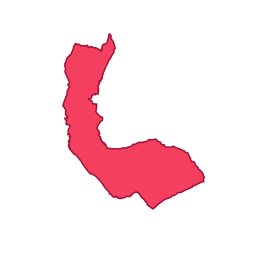 Tomesti, Harghita, Romania, rotated 37°
{"feature_id": "2599482B27343376756903", "entity_name": "Tomesti", "entity_type": "district", "adm_level": 2, "iso_a3": "ROU", "parent_name": "Romania", "parent_adm1": "Harghita", "projection": "natural_earth1", "projection_center": [25.786, 46.588], "detail": "fine", "context": "isolated", "style": "filled", "palette": "rose", "viewbox_px": 256, "rotation_deg": 37, "n_neighbors": 0, "source": "geoboundaries", "source_scale": "gbopen_adm2", "svg_char_len": 5785}
<svg xmlns="http://www.w3.org/2000/svg" viewBox="0 0 256 256"><g transform="rotate(37 128 128)"><path d="M220.8,125.1L219.5,124.2L219.1,123.5L218.7,121.6L216.4,120.5L216.2,120.0L213.5,118.7L210.8,118.3L209.6,118.4L207.3,117.3L204.6,117.1L202.0,115.5L200.8,115.4L198.5,116.4L197.8,116.1L196.2,114.7L194.5,114.0L190.8,112.0L190.4,111.9L189.8,112.1L188.9,112.7L188.2,112.8L187.2,112.6L186.1,112.6L183.4,113.4L182.3,113.5L180.7,113.9L180.2,114.2L178.4,114.8L175.5,115.1L174.9,115.5L174.4,116.8L173.4,117.9L170.0,120.2L169.2,120.5L168.2,120.4L167.1,119.7L166.1,120.1L164.9,121.0L162.9,120.1L162.6,119.8L161.8,120.0L160.5,120.7L159.8,120.7L159.5,120.5L158.7,120.4L157.9,120.1L157.1,120.2L156.0,120.8L155.2,122.3L153.9,123.3L153.8,123.6L153.3,123.7L152.8,124.2L152.3,124.2L151.6,124.8L151.4,125.2L151.5,126.0L151.4,126.1L151.4,126.4L150.9,127.4L150.9,127.7L150.6,128.3L150.2,128.3L149.5,128.9L149.0,129.5L148.3,130.8L147.9,130.9L147.6,131.4L147.1,131.5L145.9,132.5L145.8,132.8L145.4,132.9L144.6,134.1L143.7,136.5L142.6,137.3L142.3,137.4L141.8,138.2L141.8,139.8L141.3,140.6L141.3,141.0L140.9,141.3L140.8,141.8L140.2,142.6L139.2,143.5L139.2,144.2L138.7,145.0L136.5,146.4L134.0,149.4L132.5,150.8L126.6,154.8L125.1,155.7L122.9,156.5L120.7,154.8L120.2,155.0L119.5,154.7L119.0,155.3L117.7,154.9L117.7,154.7L117.3,154.8L117.3,154.5L117.6,154.5L117.8,154.3L116.2,154.4L115.5,154.5L114.8,154.5L114.5,154.4L114.7,154.0L113.3,153.6L113.1,153.1L112.8,153.4L112.5,153.5L112.0,152.6L111.1,151.7L110.0,151.7L108.9,151.1L109.0,150.6L109.0,150.0L108.7,149.4L108.3,149.1L107.7,149.0L107.1,148.4L106.5,148.2L106.2,147.8L105.9,147.7L105.6,147.6L104.8,147.8L104.1,147.6L102.6,145.3L102.5,145.1L102.7,144.2L102.3,143.4L102.4,143.1L102.2,142.0L102.4,141.5L102.3,139.0L102.3,138.5L102.9,137.2L101.7,135.2L100.7,135.0L100.0,135.1L99.4,135.5L97.8,135.5L95.9,134.9L95.4,135.0L93.1,134.6L92.4,134.2L92.3,133.7L91.7,132.7L91.6,132.4L91.0,131.9L90.8,131.4L90.6,130.3L89.0,128.5L88.6,128.8L88.5,128.7L88.6,128.3L88.6,127.9L87.1,128.6L85.0,130.0L84.0,129.2L83.1,128.3L81.2,128.3L80.0,128.5L79.9,128.7L79.2,128.8L79.2,128.2L79.8,127.6L80.6,126.1L80.6,125.6L79.7,124.2L80.2,123.3L80.3,122.4L80.6,121.7L80.9,121.2L81.9,121.0L81.6,119.9L82.2,119.8L83.7,118.7L83.4,118.5L82.4,116.9L81.9,116.4L82.1,116.2L81.2,115.5L81.5,115.3L80.6,114.5L80.3,113.9L79.7,113.3L78.4,112.2L78.6,111.1L78.5,110.0L77.7,108.6L76.7,107.9L77.4,107.4L77.8,107.5L78.0,107.4L78.0,106.8L77.5,105.9L77.6,104.5L77.4,104.2L77.0,104.2L76.8,103.8L77.2,103.6L76.8,103.2L76.7,102.7L76.4,102.4L76.0,100.9L75.1,98.9L74.4,95.9L73.2,91.5L72.9,89.1L72.3,86.6L72.0,85.8L71.8,84.7L72.2,84.1L72.1,83.5L71.8,83.3L71.8,81.3L71.4,80.1L71.2,77.2L71.3,76.2L70.6,75.5L70.4,75.0L69.8,73.9L69.6,72.8L69.8,72.0L64.2,67.8L61.7,67.2L61.4,66.8L60.0,66.8L59.4,64.7L56.7,63.9L56.6,64.9L56.8,65.7L58.2,67.5L58.6,69.4L58.9,69.9L59.2,70.9L59.8,71.9L59.9,72.8L59.7,73.6L58.3,75.6L57.9,76.5L57.9,77.3L58.1,77.7L58.2,78.6L58.9,79.0L59.2,79.9L59.1,80.4L59.4,80.8L59.4,81.1L60.4,81.9L60.1,82.9L58.6,82.6L55.0,83.1L54.4,83.2L52.2,84.5L49.3,85.1L48.8,86.9L47.5,87.4L47.4,87.1L46.8,87.0L46.0,86.3L45.7,86.7L44.8,87.9L44.3,88.1L44.1,88.3L43.4,88.7L41.9,89.9L41.5,90.0L41.2,90.4L40.4,90.7L38.9,90.5L38.6,90.6L38.2,91.2L37.1,91.5L37.1,91.8L36.5,92.1L36.1,91.9L35.2,92.2L35.6,96.1L36.4,96.9L37.4,100.5L37.5,101.6L37.9,102.3L38.2,103.2L38.1,103.8L37.7,105.1L37.7,105.4L37.5,105.6L37.6,106.3L37.3,108.9L37.8,110.9L38.5,111.9L38.7,113.9L39.0,114.6L40.0,116.2L40.1,116.6L41.3,117.2L42.8,118.7L43.0,119.6L43.4,120.1L43.6,120.8L44.0,121.2L46.2,122.5L46.6,122.6L49.3,124.3L49.5,124.6L50.8,124.9L51.4,125.3L51.6,125.7L52.6,126.0L53.5,126.8L54.1,126.9L54.1,127.2L54.3,127.6L53.9,128.7L54.0,129.3L53.9,129.7L54.1,129.8L55.0,130.1L56.8,130.2L56.7,132.7L57.1,133.8L57.4,135.5L58.9,137.6L62.0,148.2L62.9,148.7L62.8,149.6L63.9,149.6L66.0,150.6L68.1,151.0L68.2,152.5L69.6,154.4L71.5,155.4L71.7,155.2L71.9,155.4L72.1,155.2L72.7,155.9L73.1,155.6L73.7,156.5L71.7,158.2L72.5,158.8L73.4,159.0L73.8,159.2L74.4,159.0L74.7,159.2L75.1,160.4L76.3,162.3L80.2,160.9L81.0,162.3L81.2,163.4L81.1,163.8L81.2,164.7L82.1,166.7L82.4,166.9L83.2,167.7L83.9,169.4L84.3,168.6L85.8,168.2L86.0,169.4L86.4,170.3L87.5,169.7L87.9,172.0L88.2,173.1L88.7,172.9L89.6,174.0L89.2,174.3L89.3,174.5L88.7,174.8L88.8,175.0L89.3,174.8L90.2,175.8L90.8,176.8L90.2,177.1L91.5,177.1L91.5,177.5L91.1,177.5L91.3,177.6L91.5,178.0L91.3,178.1L91.6,178.5L92.6,178.7L92.6,178.4L92.8,178.4L92.8,178.8L93.6,178.8L93.5,179.4L94.2,179.4L94.1,179.7L97.7,180.7L100.9,181.4L101.0,181.2L101.4,181.3L101.9,180.7L110.9,182.9L113.2,184.0L115.9,184.9L124.0,187.1L124.7,186.9L125.1,187.1L125.7,187.1L126.1,186.6L127.5,186.4L128.8,186.1L131.1,186.0L133.4,186.2L136.0,186.7L139.6,187.5L145.1,189.3L147.9,190.0L152.0,190.6L152.5,191.8L154.2,191.4L155.2,191.3L156.9,192.1L158.6,191.6L159.0,191.3L159.7,189.9L160.2,189.8L160.7,190.2L160.9,190.1L160.9,189.8L160.8,189.6L161.2,189.6L161.1,189.8L161.9,189.7L162.1,189.5L163.0,189.8L164.1,188.9L164.3,188.9L164.6,188.4L165.0,188.3L165.3,187.9L165.6,187.7L166.4,186.3L167.3,185.6L167.5,185.1L167.8,183.9L169.1,182.5L170.0,182.3L170.7,181.7L171.2,180.0L171.3,177.4L172.2,175.3L172.8,174.6L173.4,174.0L176.1,173.6L177.4,174.1L177.7,174.0L179.9,175.2L183.3,175.3L185.8,176.1L187.9,176.5L188.7,176.8L189.8,177.6L190.3,177.8L196.7,177.6L197.4,174.1L197.8,172.4L197.8,171.3L198.4,169.2L198.4,168.7L199.1,167.5L199.5,165.3L199.7,165.0L200.4,162.8L203.0,159.0L203.3,158.5L203.8,158.0L203.9,157.3L203.9,156.2L204.1,155.5L204.7,155.0L205.5,154.0L206.4,151.8L206.5,151.1L206.3,150.2L209.2,147.3L209.5,146.6L210.1,145.5L210.5,144.4L211.5,142.5L212.6,140.7L213.9,138.0L214.9,136.7L214.9,135.8L214.5,135.2L215.7,133.9L216.3,133.0L217.4,130.4L218.4,128.7L219.3,126.9L220.1,125.8L220.8,125.1Z" fill="#f43f5e" stroke="#9f1239" stroke-width="1.5"/></g></svg>